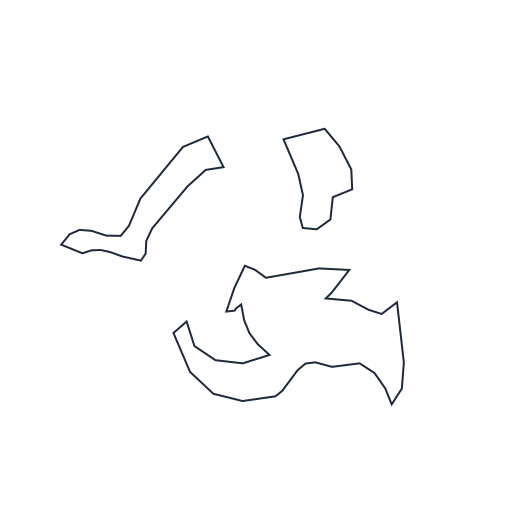 the County of Penghu, rotated 22°
{"feature_id": "TWN-3414", "entity_name": "Penghu", "entity_type": "County", "adm_level": 1, "iso_a3": "TWN", "parent_name": "Taiwan", "parent_adm1": "", "projection": "orthographic", "projection_center": [119.557, 23.598], "detail": "fine", "context": "isolated", "style": "outline", "palette": "slate", "viewbox_px": 512, "rotation_deg": 22, "n_neighbors": 0, "source": "natural_earth", "source_scale": "10m", "svg_char_len": 1098}
<svg xmlns="http://www.w3.org/2000/svg" viewBox="0 0 512 512"><g transform="rotate(22 256 256)"><path d="M404.1,246.1L433.0,299.4L440.9,324.3L437.4,342.7L425.5,330.4L409.7,320.1L392.3,316.7L368.0,330.3L350.7,332.4L342.2,337.2L337.4,346.2L330.8,371.3L326.6,378.8L297.9,395.5L268.1,399.7L238.3,388.2L208.3,358.3L216.2,342.7L232.7,362.6L257.4,367.8L283.9,360.5L305.6,342.7L290.6,337.1L278.7,329.9L269.1,320.0L260.4,306.5L257.0,312.2L257.0,314.1L255.8,315.2L249.3,318.6L247.9,293.8L249.3,269.2L260.4,269.2L273.3,272.5L319.1,243.9L347.7,234.0L340.0,261.3L336.6,269.2L361.4,261.7L380.4,263.7L394.2,262.7L404.1,246.1ZM127.3,246.1L147.4,182.2L166.6,163.2L192.6,185.8L177.1,195.0L166.4,217.2L149.4,269.2L148.6,283.2L152.8,295.1L151.0,303.4L132.4,306.5L119.0,307.0L109.5,308.7L101.5,312.3L94.0,318.5L71.1,318.5L75.1,305.6L82.6,297.9L94.0,294.3L109.6,293.2L123.0,288.0L126.9,275.5L127.3,246.1ZM282.0,203.4L276.8,182.1L264.5,164.2L237.8,137.5L272.0,112.3L292.2,123.1L311.9,140.0L320.2,158.1L305.2,172.7L311.3,194.3L302.3,208.5L288.9,212.5L282.0,203.4Z" fill="none" stroke="#1e293b" stroke-width="2"/></g></svg>